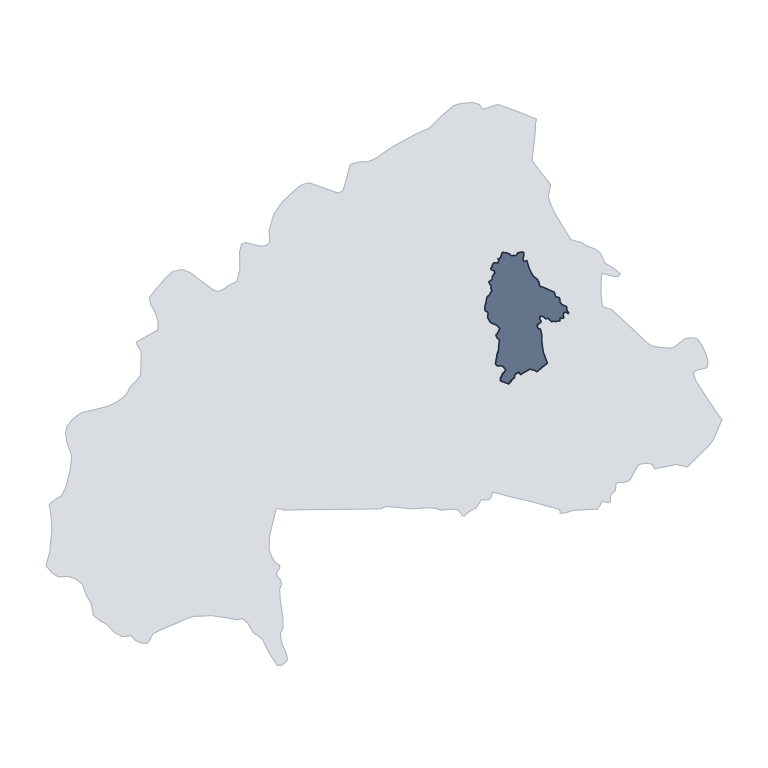 Gnagna, Gnagna, Burkina Faso shown in context
{"feature_id": "67063806B53557788130503", "entity_name": "Gnagna", "entity_type": "district", "adm_level": 2, "iso_a3": "BFA", "parent_name": "Burkina Faso", "parent_adm1": "Gnagna", "projection": "natural_earth1", "projection_center": [0.002, 12.916], "detail": "fine", "context": "in_parent", "style": "filled", "palette": "slate", "viewbox_px": 768, "rotation_deg": 0, "n_neighbors": 0, "source": "geoboundaries", "source_scale": "gbopen_adm2", "svg_char_len": 8997}
<svg xmlns="http://www.w3.org/2000/svg" viewBox="0 0 768 768"><path d="M595.0,509.3L573.0,510.4L565.0,513.1L560.2,513.2L560.0,510.8L559.4,509.5L531.7,501.7L512.2,497.2L492.5,492.1L491.4,496.8L488.6,499.9L484.3,500.1L481.3,499.4L479.3,503.1L476.1,507.9L471.5,510.3L467.0,513.3L464.5,515.9L462.7,516.0L458.2,509.8L452.2,509.1L441.0,510.2L435.9,508.5L429.0,507.7L412.8,508.9L386.8,506.4L382.6,507.8L381.5,508.9L355.8,509.2L327.5,509.5L303.8,509.8L283.1,510.0L283.0,509.0L276.4,508.8L275.6,510.9L269.7,535.7L269.0,549.2L272.1,557.6L275.6,562.9L279.6,565.1L279.9,568.2L276.8,572.1L277.1,576.1L280.7,580.2L281.6,584.5L279.7,589.0L280.2,599.9L282.9,617.2L283.0,628.3L280.3,633.5L281.5,642.2L286.6,654.5L287.5,659.8L285.7,662.2L281.4,665.4L277.2,665.3L272.2,657.8L270.0,654.5L266.0,646.9L262.5,639.3L257.9,635.9L253.4,632.8L247.8,623.2L242.5,618.6L236.8,619.9L228.6,618.1L211.9,615.7L194.0,616.4L186.6,618.6L179.2,622.1L160.6,629.9L153.2,633.7L147.6,643.4L141.3,643.2L135.0,640.1L131.0,635.7L122.5,636.7L114.3,632.4L106.4,624.0L100.6,621.2L93.2,615.1L91.2,603.5L86.5,595.4L82.2,584.1L75.8,579.1L68.4,576.4L58.1,576.9L51.4,572.4L46.1,565.8L47.5,560.1L49.9,551.9L50.3,544.1L51.9,531.4L51.0,515.5L49.2,504.5L54.9,499.8L61.5,495.7L65.6,488.2L69.9,471.3L71.7,456.7L70.4,451.3L68.3,447.0L66.6,440.7L65.6,433.0L66.9,426.3L71.8,420.1L78.1,414.9L82.5,412.4L94.2,409.8L108.8,405.9L117.2,401.6L123.4,397.2L126.8,393.7L130.3,386.6L136.0,381.1L140.4,375.5L141.1,360.1L141.1,351.2L137.9,346.4L136.1,342.2L157.8,330.1L158.0,321.6L155.0,312.0L150.8,304.4L149.3,297.7L155.3,289.9L160.6,284.1L164.5,279.1L173.0,271.5L181.9,269.5L189.9,272.4L213.5,290.2L217.6,291.4L222.5,290.0L228.7,285.3L236.8,281.6L239.9,269.7L239.6,252.1L241.5,244.0L245.8,242.6L259.4,245.9L262.9,246.1L266.8,245.0L269.7,241.9L269.6,236.2L269.0,231.2L273.5,214.9L281.6,202.6L298.0,187.3L303.1,184.3L309.0,182.7L338.3,193.2L343.1,190.6L350.3,164.5L358.2,162.0L367.7,161.6L373.9,159.3L377.1,157.5L391.1,147.6L415.6,134.1L428.9,128.3L431.4,126.2L440.9,116.6L453.5,105.6L461.4,103.4L472.5,102.6L479.5,104.4L481.3,107.5L483.6,109.1L498.0,104.4L518.7,111.9L536.6,119.2L535.4,123.8L535.3,132.0L533.8,144.9L532.0,160.5L539.4,170.5L548.2,181.3L550.6,185.5L548.3,196.1L549.9,202.4L554.6,212.8L562.5,226.0L570.7,239.5L576.4,241.3L581.7,242.4L585.0,244.8L589.8,247.2L594.5,248.7L598.7,251.7L601.3,254.6L604.8,263.0L614.0,268.5L620.4,274.0L617.8,276.8L609.8,275.6L602.3,273.3L601.3,277.3L601.0,292.6L602.2,305.4L604.0,307.1L611.5,309.5L629.6,326.1L646.0,341.8L651.5,345.9L660.5,347.4L670.7,348.1L675.0,346.6L684.8,338.7L690.0,337.8L694.8,338.1L697.5,339.3L702.2,345.8L706.6,355.5L707.9,362.7L707.5,366.6L706.0,368.1L697.9,369.9L694.5,371.4L693.6,373.5L694.9,378.3L696.4,381.5L705.3,395.6L718.0,414.5L721.9,419.4L719.7,425.1L713.3,439.9L708.5,446.1L687.1,467.0L676.6,464.5L654.7,468.8L651.4,464.0L646.2,463.3L639.9,464.2L637.6,466.0L636.9,468.1L634.6,471.0L630.5,479.3L627.4,481.4L623.5,482.7L618.7,482.5L615.9,483.6L615.9,487.7L615.0,491.3L611.8,493.1L610.4,497.1L610.7,501.1L608.8,502.9L604.7,501.9L602.2,500.8L599.9,505.9L597.0,509.4L595.0,509.3Z" fill="#d9dde1" stroke="#a8b0b8" stroke-width="1"/><path d="M498.1,258.9L498.9,260.4L498.7,260.6L498.6,260.9L498.4,261.1L498.3,261.3L498.3,261.6L498.0,262.2L498.1,262.3L497.9,262.8L497.7,263.0L497.4,263.0L496.2,263.0L495.9,262.8L495.5,262.9L494.9,262.7L494.5,262.7L494.1,262.8L493.4,263.3L492.9,264.0L492.6,264.5L492.1,265.6L492.1,266.6L492.0,266.9L491.0,267.8L490.8,268.4L490.9,269.4L491.1,269.7L491.6,270.0L493.8,270.7L494.1,270.8L494.4,271.3L494.4,272.0L494.6,272.2L494.8,272.5L494.8,272.8L494.8,273.0L494.6,273.3L494.1,273.7L493.7,274.2L493.7,274.5L493.4,274.9L493.0,275.3L492.8,275.7L492.4,276.2L492.4,276.7L492.3,276.9L492.1,278.1L492.2,278.6L492.0,279.3L490.9,280.3L490.7,280.6L490.4,280.8L489.6,281.1L488.9,282.0L488.9,282.5L489.6,283.5L489.9,284.3L490.7,285.2L491.0,285.7L490.9,288.8L491.1,289.1L491.3,289.5L491.6,289.8L492.1,290.1L491.9,290.7L490.4,292.6L490.2,292.9L490.0,294.0L489.7,294.6L488.7,295.7L488.3,295.9L487.7,296.2L487.3,296.7L486.9,297.5L486.5,298.9L486.0,302.2L485.4,304.1L484.8,307.1L485.0,309.5L484.8,309.5L485.1,310.5L485.3,310.8L486.0,311.4L486.3,311.6L487.3,311.8L487.8,312.2L487.9,312.5L488.0,313.4L487.9,314.5L487.9,315.0L487.6,316.6L487.6,317.3L488.0,318.4L489.8,321.6L490.7,322.5L492.4,323.6L494.7,324.3L496.9,325.5L498.3,326.6L498.4,327.2L498.8,327.7L499.1,327.7L499.6,328.3L499.9,328.5L499.7,328.9L499.6,329.2L499.3,329.6L499.2,330.1L498.7,330.5L498.5,331.2L497.9,332.1L497.3,333.6L497.1,333.8L496.5,334.2L496.0,334.6L496.0,335.4L496.1,335.8L496.5,336.8L497.2,338.0L498.8,339.5L499.5,340.4L498.8,344.5L498.7,345.6L498.6,347.3L498.6,349.1L498.1,351.2L497.8,351.8L497.5,352.6L497.9,352.7L497.8,353.0L497.4,353.7L497.1,354.3L496.9,354.5L496.8,354.9L496.7,355.0L496.8,355.7L496.7,356.3L496.9,356.7L496.9,357.4L496.6,357.7L496.2,358.3L496.3,359.2L496.1,359.6L495.9,360.5L496.1,361.2L496.1,361.4L495.8,361.6L495.7,361.9L495.5,363.7L495.9,364.4L496.3,365.1L497.2,365.9L497.6,366.0L501.6,365.8L502.2,366.0L502.8,366.6L503.6,366.9L503.8,367.5L504.2,368.1L504.6,368.3L505.6,369.4L505.8,369.7L505.3,370.5L504.9,370.7L504.9,371.2L504.4,372.1L504.1,372.3L503.9,372.1L503.7,372.2L503.5,373.1L503.2,373.5L502.9,373.6L502.5,373.5L502.5,374.2L502.4,374.4L502.0,374.6L501.8,375.1L501.7,375.4L501.9,376.0L501.7,376.3L501.6,376.9L501.4,377.0L500.8,377.1L500.6,377.4L500.6,377.8L500.4,378.1L500.6,378.3L500.5,378.8L500.4,379.0L500.6,379.3L500.6,379.6L500.5,380.4L500.4,380.4L500.3,380.7L501.2,381.1L501.5,381.4L501.8,381.6L504.2,382.2L505.8,383.0L507.2,383.3L508.5,384.0L508.6,383.6L508.8,383.4L509.1,383.2L509.6,383.1L509.9,382.7L510.6,381.9L510.5,381.3L510.8,381.3L510.6,381.0L510.9,380.8L511.0,380.8L511.2,381.0L511.5,380.7L511.7,380.1L512.1,379.7L512.2,379.3L512.3,379.2L512.6,379.2L512.8,378.7L513.1,378.5L513.4,378.7L513.5,378.6L513.6,378.1L514.2,378.0L514.5,377.9L514.7,376.7L514.6,376.0L514.6,375.6L514.8,375.2L515.1,375.0L515.2,374.7L515.4,374.6L515.6,373.8L515.8,373.4L516.3,373.5L516.6,373.3L517.0,373.5L517.1,373.4L517.6,372.9L517.8,372.9L517.8,372.5L518.6,372.2L518.7,372.6L518.9,372.7L519.1,372.5L519.3,372.5L519.5,373.3L520.1,373.8L520.4,374.5L520.7,374.6L521.4,374.3L522.5,373.4L523.1,373.0L527.3,370.7L528.2,370.0L528.5,370.0L528.9,369.9L529.3,369.4L529.5,369.2L530.0,369.2L530.3,369.3L531.4,369.6L531.5,369.6L534.7,370.5L535.6,370.8L536.5,371.7L536.8,371.8L547.4,363.1L546.0,359.4L544.7,355.7L544.1,354.1L543.5,352.9L543.3,352.2L543.2,351.2L542.4,346.2L542.1,343.1L541.8,340.7L541.7,339.3L541.9,337.2L541.9,335.6L540.7,329.8L540.5,329.4L540.1,328.9L539.0,328.7L538.8,329.1L538.6,328.9L538.2,328.2L537.7,327.7L537.6,326.9L537.4,326.5L537.0,326.0L537.3,325.4L537.4,325.5L537.4,325.3L537.7,324.8L537.7,324.6L537.9,324.7L538.8,323.8L541.1,322.1L541.1,321.8L540.9,321.5L540.8,321.2L540.9,320.6L539.9,319.8L539.7,319.1L539.8,319.1L540.1,317.3L540.1,316.3L540.8,316.2L542.1,316.4L543.4,316.8L544.1,317.3L544.7,318.1L545.5,318.7L545.8,318.9L546.6,318.7L547.4,318.4L548.2,318.5L548.7,318.9L551.3,321.5L551.8,321.8L552.7,321.6L553.5,321.1L553.9,321.0L554.2,321.1L555.0,321.6L555.3,321.7L555.7,321.7L558.3,321.0L559.2,321.0L559.4,321.1L559.6,321.1L560.0,320.8L559.9,319.9L560.1,319.5L559.9,318.5L560.0,318.4L560.2,318.2L561.3,318.1L561.8,318.3L562.1,318.3L562.4,318.5L562.7,318.3L563.0,318.3L563.1,318.2L563.4,318.1L563.8,317.7L563.9,317.1L563.6,316.8L563.2,316.0L563.1,315.5L563.3,315.2L563.5,315.1L563.4,314.5L563.5,314.1L563.4,313.8L563.4,313.7L563.6,313.7L563.7,313.3L563.9,313.1L563.9,312.9L564.7,312.3L565.1,312.2L565.9,312.5L566.2,312.4L566.7,312.5L566.9,312.8L567.5,313.0L568.0,313.6L568.1,313.4L568.5,313.0L568.4,312.7L568.6,312.7L568.4,312.1L567.9,311.9L567.3,311.0L567.2,310.5L567.0,310.2L566.8,309.1L566.9,307.7L566.6,307.4L566.6,306.9L566.6,306.7L566.0,306.3L565.6,306.2L564.5,305.7L563.8,305.5L563.4,305.1L562.3,304.7L562.0,304.4L561.5,304.2L561.3,303.9L560.8,302.9L560.2,302.2L559.9,300.9L559.9,300.2L559.7,300.0L559.8,299.7L560.0,299.2L559.5,298.1L559.3,297.7L559.0,297.7L558.5,297.4L557.4,297.0L556.3,296.9L555.6,296.6L554.4,292.2L542.4,286.9L540.6,286.8L538.8,283.4L539.2,282.9L539.2,282.7L538.8,281.6L538.6,281.3L538.4,281.2L537.8,281.0L537.8,280.1L537.7,279.6L533.3,276.1L533.1,275.8L530.8,271.7L529.6,269.2L529.1,267.9L527.7,263.4L527.3,261.6L526.9,260.6L526.3,260.7L525.0,261.2L524.0,261.3L523.8,261.3L523.6,261.1L523.1,259.4L523.0,258.8L523.0,258.4L523.5,257.4L523.9,255.5L523.7,252.8L523.6,252.4L523.4,252.2L522.8,252.0L521.0,252.1L517.8,252.8L517.8,253.1L517.4,253.3L517.3,253.8L516.9,254.5L515.9,255.7L515.8,255.8L515.2,255.8L514.5,255.4L513.9,255.3L513.0,255.5L512.4,255.7L512.0,255.8L511.6,255.7L511.1,255.5L510.6,255.2L510.1,254.8L509.4,253.7L509.0,253.6L508.1,253.6L507.7,253.3L507.0,253.1L506.8,252.8L506.7,252.7L505.5,252.7L504.7,252.6L502.8,252.2L502.5,252.4L502.2,252.6L501.7,253.4L501.6,254.6L501.4,255.2L500.8,256.4L500.7,256.8L500.5,257.5L500.2,257.8L499.5,258.2L499.1,258.8L498.6,258.9L498.1,258.9Z" fill="#64748b" stroke="#1e293b" stroke-width="1.5"/></svg>